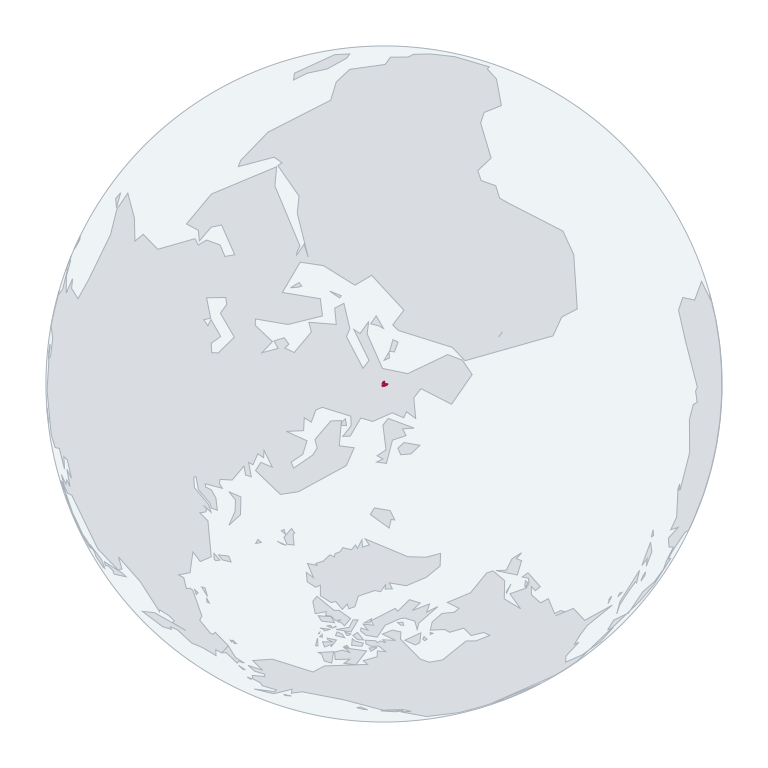 Vaud highlighted on a globe, orthographic projection, rotated 208°
{"feature_id": "CHE-3422", "entity_name": "Vaud", "entity_type": "Canton", "adm_level": 1, "iso_a3": "CHE", "parent_name": "Switzerland", "parent_adm1": "", "projection": "orthographic", "projection_center": [6.845, 46.59], "detail": "fine", "context": "on_globe", "style": "filled", "palette": "rose", "viewbox_px": 768, "rotation_deg": 208, "n_neighbors": 0, "source": "natural_earth", "source_scale": "10m", "svg_char_len": 11870}
<svg xmlns="http://www.w3.org/2000/svg" viewBox="0 0 768 768"><g transform="rotate(208 384 384)"><circle cx="384" cy="384" r="338" fill="#eef3f6" stroke="#a8b0b8"/><path d="M47.1,410.1L47.0,409.2L46.4,397.8L48.7,394.1L50.9,371.5L50.8,363.2L49.0,364.5L51.5,333.4L56.1,312.5L83.2,230.1L90.2,217.1L96.9,206.1L139.4,152.2L105.5,192.7L115.6,178.6L130.0,161.1L129.6,161.9L149.6,141.9L163.3,129.2L190.3,110.4L215.3,102.4L206.3,107.7L213.4,105.9L225.2,99.4L231.2,95.7L271.5,86.2L311.8,73.8L320.7,67.5L321.8,71.4L336.0,58.7L355.4,53.8L335.8,61.1L335.6,63.4L349.9,60.4L352.8,62.2L361.4,62.1L363.6,64.8L352.0,69.7L353.1,71.8L363.2,69.7L371.8,71.7L356.8,74.3L370.1,78.2L353.2,88.7L311.4,96.4L304.2,107.1L266.9,128.7L272.5,129.9L262.0,139.9L264.5,145.3L256.9,148.5L265.5,150.2L272.0,146.4L278.0,146.1L280.1,149.1L270.7,153.4L268.3,152.5L266.6,155.4L261.0,156.4L265.0,157.6L253.4,163.0L267.9,162.5L261.1,170.7L252.6,173.0L249.7,166.5L222.7,158.1L213.2,159.7L202.7,167.9L190.9,195.6L182.0,200.5L172.6,211.7L179.2,211.5L188.9,202.8L198.9,205.9L209.5,195.6L215.2,195.7L227.6,188.4L229.7,196.5L225.1,208.6L214.8,215.4L212.5,221.2L225.5,220.9L209.6,240.3L204.6,265.4L200.0,270.1L185.2,267.1L177.0,250.8L157.9,249.7L174.3,257.9L162.6,270.7L162.4,276.2L165.3,280.3L171.3,278.6L168.2,284.9L150.8,278.4L153.4,272.5L158.9,274.4L154.9,267.2L143.1,264.2L138.1,271.6L125.6,261.4L121.8,266.8L117.0,268.1L123.8,259.9L111.4,274.8L95.8,269.5L78.6,295.9L91.2,266.1L93.0,254.5L93.7,243.5L90.7,247.5L95.6,229.3L93.1,223.7L81.9,237.7L72.0,257.8L67.6,275.5L71.0,272.4L70.4,283.2L60.6,296.7L58.0,321.8L52.4,336.5L50.3,351.7L51.5,360.3L51.9,375.8L55.8,373.9L60.5,381.4L57.0,395.5L62.4,389.9L63.1,403.8L74.6,428.3L72.8,429.6L81.9,466.9L97.7,496.1L101.3,511.2L98.9,514.8L105.6,524.1L105.8,528.3L137.9,563.4L158.6,587.5L160.8,600.6L149.1,604.0L151.8,623.7L134.5,611.1L138.3,616.0L121.5,596.8L106.2,576.4L92.5,554.9L80.4,532.4L70.1,509.1L61.6,485.1L54.8,460.5L50.0,435.4L47.1,410.1ZM73.5,302.9L70.9,339.4L67.6,326.9L69.1,327.3L70.7,316.2L72.2,300.0L70.6,290.2L73.5,302.9ZM83.1,300.5L83.2,295.3L83.8,299.4L83.1,300.5ZM233.4,93.9L225.1,99.2L213.4,104.7L220.0,100.0L233.4,93.9ZM256.1,85.4L253.0,87.9L245.4,88.7L249.5,87.0L256.1,85.4ZM326.4,63.0L319.1,65.1L325.2,62.5L326.4,63.0ZM362.2,61.7L363.4,60.6L367.3,61.1L362.2,61.7ZM225.6,184.5L226.5,186.4L223.7,186.8L225.6,184.5ZM230.1,179.8L226.2,178.8L227.7,176.4L230.1,177.1L230.1,179.8ZM374.3,65.8L380.3,67.3L372.2,66.6L374.3,65.8ZM234.6,181.6L231.0,172.4L233.8,168.3L245.3,167.5L234.6,181.6ZM382.5,68.6L397.2,72.7L401.0,70.5L398.5,79.8L386.8,72.8L376.2,72.1L382.5,70.8L382.5,68.6ZM273.2,143.9L266.3,148.1L270.1,141.9L273.2,143.9ZM274.1,140.1L277.1,122.8L288.2,118.6L284.9,125.0L297.8,117.8L301.8,124.2L295.6,129.6L287.6,130.9L295.2,132.4L274.1,140.1ZM394.7,84.6L396.5,86.6L392.4,85.5L394.7,84.6ZM280.6,145.5L280.2,142.1L289.9,138.1L292.4,144.2L288.5,143.5L280.6,145.5ZM299.2,113.0L306.8,111.4L312.1,116.1L315.8,116.2L302.8,124.0L299.2,113.0ZM287.4,145.9L293.4,147.4L290.8,152.2L281.7,148.5L287.4,145.9ZM291.3,134.7L296.0,133.2L294.2,135.9L291.3,134.7ZM284.9,170.8L284.3,166.4L289.2,163.9L284.9,170.8ZM295.9,147.7L296.7,146.0L298.6,144.7L302.0,146.7L295.9,147.7ZM307.4,126.9L308.1,129.4L313.0,123.9L317.2,127.6L307.8,132.3L313.6,131.8L314.9,133.0L305.8,135.6L307.4,126.9ZM311.0,144.8L300.5,152.7L300.7,161.1L296.2,163.5L296.8,149.5L311.0,144.8ZM308.7,139.1L309.1,143.1L303.5,143.7L299.6,141.5L308.7,139.1ZM323.4,128.5L319.4,121.7L321.6,120.9L323.4,128.5ZM312.2,147.0L314.7,145.1L312.9,147.5L312.2,147.0ZM321.2,133.9L319.5,131.5L322.1,130.7L321.2,133.9ZM321.1,143.5L317.7,145.9L315.0,144.3L321.1,143.5ZM322.1,139.0L326.0,138.5L316.1,142.3L320.9,138.0L322.1,139.0ZM323.9,133.6L324.8,132.3L324.2,134.7L323.9,133.6ZM333.3,148.5L321.5,153.7L315.6,150.0L327.8,145.4L333.3,148.5ZM720.3,350.5L719.2,344.1L718.7,346.2L715.0,329.9L707.3,315.1L708.4,330.8L704.7,321.7L694.2,315.6L693.8,338.1L695.6,387.5L701.9,412.8L699.8,432.2L682.3,413.4L671.0,393.2L666.9,403.1L647.0,396.7L619.1,423.6L613.2,419.5L608.3,427.8L594.0,429.8L584.3,421.9L576.5,428.1L602.1,448.2L610.2,441.4L614.2,423.5L620.0,432.5L633.5,432.6L625.5,470.8L580.8,525.4L573.3,507.6L523.0,466.4L522.8,458.9L522.4,458.2L521.6,456.9L520.2,469.9L510.5,460.5L540.8,494.1L547.2,510.0L580.2,527.0L577.9,531.5L587.5,532.7L614.7,507.6L615.5,514.1L604.6,552.0L564.3,609.6L567.9,628.2L562.0,645.7L533.0,666.7L531.7,675.6L516.2,684.0L512.6,689.0L498.0,697.2L475.0,706.3L439.9,713.4L440.7,710.7L427.8,706.0L411.1,685.0L423.1,670.8L421.2,659.8L395.5,633.8L401.4,616.4L393.7,609.2L378.4,611.5L369.2,602.4L359.7,602.1L297.8,603.0L277.2,587.3L248.6,541.0L258.5,526.6L257.4,505.8L323.4,442.6L340.7,448.4L396.5,438.0L404.0,440.3L401.1,458.5L445.9,474.2L456.0,457.6L493.0,460.1L515.2,452.2L516.7,417.1L480.2,429.4L470.3,415.2L496.7,391.5L528.0,381.1L525.2,375.3L502.4,369.0L506.5,354.3L494.1,365.8L501.4,370.3L493.8,378.0L486.7,374.5L488.4,369.2L478.1,369.6L472.5,395.8L479.3,403.2L454.1,414.2L463.1,427.8L457.3,436.4L440.1,416.8L439.4,408.2L409.9,388.0L408.3,397.8L436.1,417.9L428.8,417.3L426.8,432.0L422.5,420.4L392.6,397.0L367.9,404.3L341.6,439.8L326.1,441.9L310.6,433.7L314.9,397.8L349.2,397.3L351.2,385.7L339.8,368.4L351.1,370.1L350.7,363.4L363.2,362.4L376.4,345.6L388.5,343.1L389.4,322.2L395.8,318.4L393.4,331.7L398.2,340.0L427.6,334.4L432.0,329.0L430.3,316.2L438.6,316.8L433.1,305.1L448.0,296.3L425.3,297.7L422.7,283.8L429.3,271.3L424.3,267.3L413.5,287.9L412.9,296.1L418.9,302.5L413.6,326.4L404.4,331.7L394.5,308.4L380.4,313.7L378.9,294.3L408.9,248.8L423.6,237.9L456.8,247.3L455.9,257.0L443.5,258.1L458.8,269.1L455.7,262.4L462.6,263.2L461.8,251.1L466.7,251.2L457.6,239.8L463.5,238.6L469.1,245.8L473.0,227.9L484.0,222.8L482.5,218.8L477.8,216.0L495.0,212.0L493.1,209.3L486.8,209.5L479.0,204.5L471.9,194.3L478.2,193.4L481.6,197.0L498.3,203.6L506.4,213.9L508.3,212.6L502.8,203.5L482.4,195.3L476.4,189.5L486.3,192.0L482.2,190.6L481.2,187.5L486.1,183.8L475.3,180.6L455.4,150.3L462.9,141.0L473.9,146.0L466.7,126.4L475.7,119.0L469.9,119.0L462.4,110.6L459.5,112.7L456.1,112.2L435.7,93.5L435.9,89.0L420.4,82.5L417.4,82.7L416.5,85.5L398.5,79.8L401.0,70.5L407.8,70.4L404.8,65.3L420.5,66.1L432.2,65.0L451.1,70.0L458.7,69.3L456.6,67.5L465.4,65.8L490.5,69.8L479.2,74.4L443.3,73.3L458.7,74.0L457.9,76.4L465.1,78.5L475.8,79.3L475.3,77.6L506.2,95.0L537.2,106.6L528.5,97.6L531.5,95.0L559.2,104.0L607.4,139.2L612.0,139.0L617.9,143.3L626.4,152.6L618.0,146.4L619.1,150.4L613.0,145.9L623.9,159.8L615.7,154.1L628.1,168.4L632.6,169.6L626.1,158.8L640.4,174.7L644.5,173.5L654.2,183.3L678.5,220.2L689.4,244.2L692.0,249.2L691.4,251.9L698.1,269.2L704.9,278.4L707.3,285.6L714.6,314.2L713.4,309.4L712.2,316.6L717.2,336.7L718.4,335.6L720.3,350.5ZM304.8,479.2L304.0,485.7L304.8,479.2ZM564.4,386.1L581.1,376.8L568.0,360.8L573.3,356.1L566.9,352.7L567.0,359.7L550.5,349.3L555.7,338.7L550.8,330.8L544.9,333.6L538.1,355.1L561.7,369.7L560.2,380.6L564.4,386.1ZM75.1,428.9L76.0,434.6L73.8,430.7L75.1,428.9ZM64.6,330.5L65.3,336.1L64.8,341.0L63.8,337.6L64.6,330.5ZM76.1,374.6L78.0,381.7L74.9,376.7L76.1,374.6ZM71.1,344.8L74.4,369.5L68.7,361.5L66.9,346.2L69.6,353.3L71.1,344.8ZM77.7,305.9L77.6,310.2L76.0,311.7L77.7,305.9ZM83.6,303.6L83.2,302.5L84.3,298.9L83.6,303.6ZM163.6,271.0L164.9,271.7L166.8,276.7L163.7,276.2L163.6,271.0ZM188.9,289.8L183.3,299.6L185.1,291.9L179.6,292.6L176.6,277.9L197.6,271.8L188.6,276.9L188.9,289.8ZM178.4,257.6L178.0,267.0L177.6,257.0L178.4,257.6ZM335.9,329.4L341.6,333.8L338.8,341.7L323.6,346.7L327.3,335.1L335.9,329.4ZM350.2,338.4L344.6,315.0L353.9,311.6L349.7,317.4L356.4,317.4L351.3,326.8L365.6,347.2L364.1,355.6L336.7,359.2L346.5,353.1L340.3,348.8L350.2,338.4ZM314.1,267.7L311.8,259.2L334.8,262.4L334.3,270.1L319.1,275.1L310.7,269.0L314.1,267.7ZM255.6,182.5L253.3,180.3L255.9,179.0L260.0,179.7L255.6,182.5ZM284.2,169.0L268.7,191.2L265.2,189.7L260.3,205.5L249.2,207.7L252.7,197.2L240.5,211.2L239.2,202.7L231.9,212.8L241.0,189.3L239.4,182.7L245.4,189.1L255.7,187.1L259.7,184.3L269.7,171.6L271.2,157.3L281.7,153.7L288.6,154.9L289.8,157.8L282.7,159.1L289.5,162.1L280.0,166.2L284.2,169.0ZM364.1,181.2L355.3,179.9L367.3,189.6L357.9,192.5L359.9,193.5L354.5,199.1L351.5,207.7L346.7,208.0L347.5,211.3L344.0,215.3L343.6,220.1L334.9,222.4L333.6,228.5L330.2,226.2L330.4,236.2L326.4,229.9L321.4,235.0L328.0,238.4L281.9,242.7L265.8,250.6L254.5,261.0L249.0,249.6L256.0,233.0L269.6,216.3L286.0,210.9L280.5,207.1L286.7,203.5L288.4,208.0L289.5,199.0L295.1,197.4L307.1,184.7L305.2,173.6L309.6,169.0L313.1,172.5L315.0,165.5L324.7,169.3L328.0,166.2L340.8,167.2L345.7,176.5L349.1,172.4L359.0,173.4L364.1,181.2ZM336.9,149.0L344.8,158.6L343.6,165.1L321.8,160.7L317.4,163.0L303.4,161.2L305.4,151.9L309.3,153.2L313.4,152.4L311.1,155.6L316.1,152.4L321.6,154.2L326.9,152.4L328.0,155.9L336.9,149.0ZM410.5,432.8L416.0,432.9L424.0,430.9L422.9,440.5L410.5,432.8ZM389.9,417.2L394.5,415.5L396.9,427.4L391.2,427.6L389.9,417.2ZM395.0,404.9L394.6,414.5L391.4,409.5L395.0,404.9ZM397.5,329.7L402.1,327.5L403.4,330.3L401.8,335.2L397.5,329.7ZM397.8,213.0L392.9,210.6L393.8,208.7L387.8,199.6L394.3,197.0L400.4,201.6L397.8,213.0ZM511.7,425.1L506.6,433.7L502.6,431.9L505.2,429.2L511.7,425.1ZM463.6,439.2L475.6,440.5L463.1,441.8L463.6,439.2ZM403.8,208.7L400.6,205.1L405.8,206.1L403.8,208.7ZM398.7,194.8L404.5,195.0L394.4,195.7L398.7,194.8ZM609.0,616.4L582.0,651.8L569.2,659.3L569.9,654.3L582.0,635.6L597.9,622.2L606.6,609.9L609.0,616.4ZM721.7,372.1L720.3,368.4L720.5,360.0L720.9,357.3L721.7,372.1ZM702.9,413.9L708.0,421.8L706.3,429.2L702.9,413.9ZM695.3,255.4L697.7,262.6L696.1,259.7L692.0,248.7L695.3,255.4ZM661.7,192.2L667.9,200.8L670.5,204.9L668.6,202.3L661.7,192.2ZM454.6,186.5L455.7,201.6L460.7,211.9L470.3,216.1L457.3,217.1L449.4,201.2L454.6,186.5ZM454.6,154.6L446.2,151.6L449.4,149.1L451.8,149.5L454.6,154.6ZM449.9,155.5L440.4,159.1L435.4,155.1L443.9,152.9L449.9,155.5ZM422.4,183.0L422.3,187.6L418.0,186.5L422.4,183.0ZM613.5,136.6L610.3,134.2L605.0,129.1L608.7,132.2L613.5,136.6ZM584.8,112.4L602.5,127.1L616.2,140.2L615.3,138.7L624.5,147.1L622.0,146.1L607.4,132.4L598.2,123.8L590.3,118.1L579.5,109.8L571.6,105.7L564.8,101.3L569.1,102.6L584.8,112.4ZM568.6,104.4L551.0,96.4L544.1,90.2L546.4,90.6L557.4,96.6L560.4,99.5L568.6,104.4ZM544.7,92.8L547.4,95.8L527.2,94.4L521.2,92.7L533.0,89.4L536.1,92.2L542.3,93.9L544.7,92.8ZM399.5,85.6L396.8,86.5L397.2,84.6L399.5,85.6ZM454.7,113.6L450.2,112.5L450.9,110.0L454.7,113.6ZM438.0,108.4L440.4,111.9L435.3,108.6L438.0,108.4ZM446.2,119.9L440.1,113.5L449.7,119.2L446.2,119.9Z" fill="#d9dde1" stroke="#a8b0b8" stroke-width="1"/><path d="M381.0,385.5L381.1,385.3L381.1,385.2L380.8,385.0L380.8,384.9L380.8,384.7L381.0,384.4L381.2,384.2L381.7,383.5L381.9,383.3L382.0,383.3L382.1,383.1L382.3,383.0L382.3,382.9L382.3,382.7L382.5,382.4L382.8,382.4L383.0,382.3L383.1,382.2L383.3,382.1L383.5,381.9L383.5,382.0L383.6,382.3L383.7,382.5L383.8,382.7L383.8,382.8L384.0,382.9L384.3,382.9L384.3,382.7L384.3,382.4L384.2,382.4L384.3,382.3L384.1,382.1L384.3,382.0L384.5,382.3L384.6,382.5L384.5,382.8L384.4,382.9L384.4,383.0L384.3,383.3L384.1,383.5L383.9,383.6L383.8,383.8L383.8,384.0L384.0,384.1L384.1,384.3L383.9,384.3L384.0,384.5L384.2,384.4L384.3,384.4L384.5,384.6L384.6,384.8L384.7,384.7L384.8,384.7L385.0,384.6L385.2,384.4L385.3,384.4L385.5,384.3L385.6,384.2L385.6,384.3L385.7,384.5L385.6,384.8L385.5,385.0L385.4,385.2L385.5,385.2L385.5,385.3L385.6,385.5L385.4,385.7L385.4,385.8L385.3,386.0L385.2,386.0L385.0,386.3L384.8,386.4L384.7,386.2L384.4,385.7L384.2,385.4L384.2,385.2L383.8,385.1L383.7,385.0L383.7,384.9L383.1,384.8L382.8,384.8L382.5,384.8L382.2,385.1L381.9,385.1L381.7,385.3L381.5,385.5L381.4,385.6L381.1,385.5L381.0,385.5ZM384.1,383.2L384.1,382.9L384.0,383.0L383.9,383.1L384.0,383.1L384.1,383.2ZM383.7,383.2L383.8,383.2L383.7,383.0L383.7,383.2ZM384.7,381.6L384.9,381.7L384.9,381.9L385.0,382.1L384.9,382.2L384.9,382.3L384.8,382.5L384.8,382.4L384.7,382.3L384.7,382.2L384.4,381.9L384.7,381.6Z" fill="#f43f5e" stroke="#9f1239" stroke-width="1.5"/></g></svg>